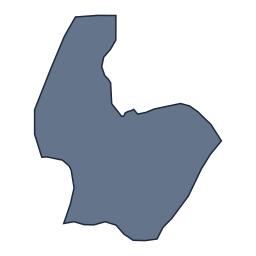 the Province of Osmaniye
{"feature_id": "TUR-4842", "entity_name": "Osmaniye", "entity_type": "Province", "adm_level": 1, "iso_a3": "TUR", "parent_name": "Turkey", "parent_adm1": "", "projection": "equal_earth", "projection_center": [36.291, 37.313], "detail": "fine", "context": "isolated", "style": "filled", "palette": "slate", "viewbox_px": 256, "rotation_deg": 0, "n_neighbors": 0, "source": "natural_earth", "source_scale": "10m", "svg_char_len": 738}
<svg xmlns="http://www.w3.org/2000/svg" viewBox="0 0 256 256"><path d="M115.9,15.5L115.8,40.1L110.4,49.4L103.7,57.2L101.7,66.7L104.7,75.6L108.1,79.0L110.6,82.8L111.7,103.7L121.6,116.3L123.7,116.1L125.2,113.0L127.7,111.6L130.7,110.8L133.7,109.4L137.6,114.1L145.6,112.5L154.4,109.0L161.4,107.5L180.6,103.5L189.7,106.0L198.1,112.0L211.1,124.7L221.4,140.9L210.6,154.0L201.4,168.8L188.4,196.0L171.7,218.5L162.9,227.4L157.1,239.0L145.2,240.6L133.2,240.3L124.0,234.2L116.1,225.2L105.3,221.7L93.9,224.9L83.9,224.6L74.1,221.7L63.7,223.5L70.3,204.3L74.1,188.0L71.2,170.2L69.2,166.0L62.4,160.1L46.8,156.9L41.8,157.2L34.6,134.2L34.6,109.7L50.7,69.0L64.3,36.5L75.4,17.0L97.6,15.4L115.9,15.5Z" fill="#64748b" stroke="#1e293b" stroke-width="1.5"/></svg>